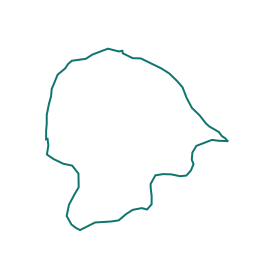 Suan, Hwanghae-bukto, North Korea, rotated 159°
{"feature_id": "82179303B93868129225348", "entity_name": "Suan", "entity_type": "district", "adm_level": 2, "iso_a3": "PRK", "parent_name": "North Korea", "parent_adm1": "Hwanghae-bukto", "projection": "mercator", "projection_center": [126.384, 38.673], "detail": "fine", "context": "isolated", "style": "outline", "palette": "teal", "viewbox_px": 256, "rotation_deg": 159, "n_neighbors": 0, "source": "geoboundaries", "source_scale": "gbopen_adm2", "svg_char_len": 1056}
<svg xmlns="http://www.w3.org/2000/svg" viewBox="0 0 256 256"><g transform="rotate(159 128 128)"><path d="M210.9,51.7L209.4,49.9L192.6,51.6L177.4,46.8L169.8,45.1L160.7,48.3L153.0,49.9L143.9,48.3L139.4,45.1L133.3,48.3L130.2,56.3L128.6,62.8L127.0,67.6L119.4,74.0L111.8,72.4L104.2,69.2L96.6,64.3L90.5,62.7L84.4,65.9L79.8,70.7L79.8,75.5L76.7,82.0L70.6,86.8L63.0,86.8L53.8,86.8L47.8,83.5L40.2,80.3L39.2,79.6L40.0,80.9L40.9,83.5L43.2,86.7L44.6,91.6L47.4,95.2L51.5,100.2L53.7,104.5L56.6,114.1L61.1,123.8L62.5,135.1L62.5,146.4L65.4,154.4L69.9,164.1L75.9,172.1L83.5,180.2L91.0,188.3L98.6,191.5L106.1,199.6L105.6,202.1L109.2,202.8L113.7,206.0L118.2,209.2L124.3,209.3L135.0,209.3L142.6,207.7L156.3,210.9L160.8,209.3L165.4,206.1L174.6,203.0L180.7,196.5L185.3,191.7L188.4,185.3L193.1,178.9L199.2,169.3L202.3,161.2L205.4,154.8L208.5,146.8L207.0,146.7L208.6,140.3L213.2,132.3L208.7,125.8L201.2,117.8L193.6,112.9L190.6,103.2L195.3,90.3L201.4,85.5L210.6,77.5L213.7,72.7L216.8,67.8L215.4,58.2L212.4,53.3L210.9,51.7Z" fill="none" stroke="#0f766e" stroke-width="2"/></g></svg>